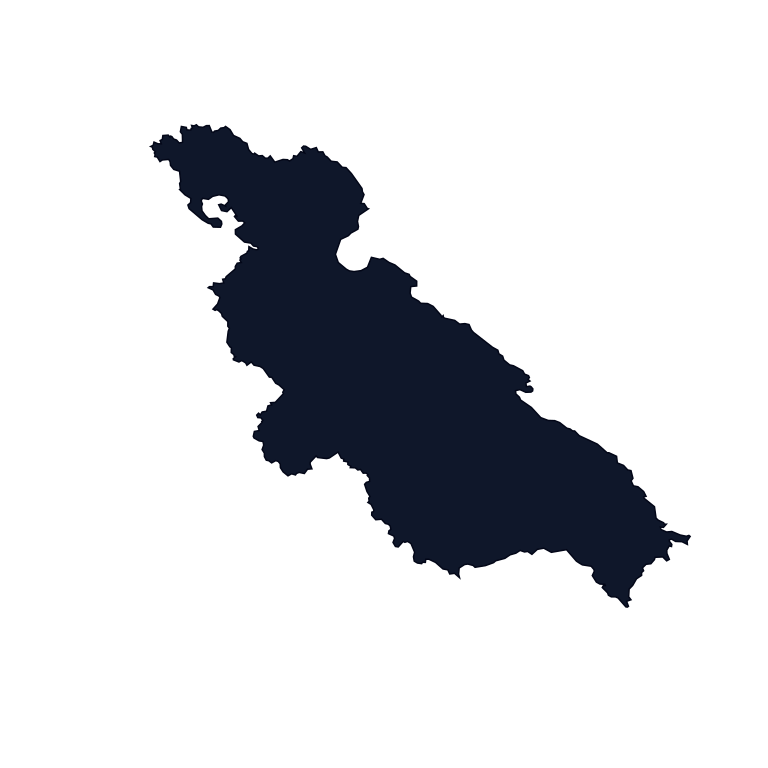 the district of Ifanadiana, Vatovavy-Fitovinany, Madagascar, rotated 312°
{"feature_id": "10022922B31790128040616", "entity_name": "Ifanadiana", "entity_type": "district", "adm_level": 2, "iso_a3": "MDG", "parent_name": "Madagascar", "parent_adm1": "Vatovavy-Fitovinany", "projection": "natural_earth1", "projection_center": [47.619, -21.071], "detail": "fine", "context": "isolated", "style": "filled", "palette": "ink", "viewbox_px": 768, "rotation_deg": 312, "n_neighbors": 0, "source": "geoboundaries", "source_scale": "gbopen_adm2", "svg_char_len": 6116}
<svg xmlns="http://www.w3.org/2000/svg" viewBox="0 0 768 768"><g transform="rotate(312 384 384)"><path d="M281.2,478.3L282.7,481.1L282.6,483.6L280.6,486.4L278.2,485.9L275.8,487.4L277.6,493.0L276.3,495.2L272.3,496.7L270.9,501.2L272.4,503.6L279.8,503.6L280.3,505.4L282.8,506.9L283.5,510.8L279.5,519.3L275.3,521.5L272.6,525.0L273.3,528.6L275.7,532.2L277.3,531.9L279.1,534.1L281.7,532.3L283.8,534.6L285.9,541.7L286.0,551.6L288.6,555.8L286.8,560.0L290.5,563.1L290.6,569.7L292.6,566.7L297.5,563.0L303.8,564.7L306.3,566.8L308.8,571.7L308.7,574.3L316.9,580.9L324.6,585.0L327.3,585.3L335.3,590.5L341.4,592.0L346.5,595.2L351.4,596.5L353.2,600.8L355.7,602.8L356.4,607.9L363.7,608.6L368.9,612.6L370.9,621.0L383.0,630.5L381.1,645.5L381.6,648.8L382.3,652.4L387.2,659.9L386.6,664.2L385.5,665.6L381.0,667.0L378.9,674.4L379.8,678.3L383.0,682.2L382.3,683.4L381.0,681.9L378.8,682.4L378.4,689.9L377.2,692.1L377.9,695.3L380.7,698.4L381.6,701.1L380.2,712.9L381.1,714.2L382.4,714.4L384.8,709.7L388.9,711.9L389.6,708.2L395.6,703.4L400.7,703.6L408.2,702.0L414.2,703.5L416.2,701.6L418.9,701.9L420.3,699.1L425.4,699.4L429.0,702.6L434.4,702.5L436.6,701.4L442.0,706.9L441.7,712.4L444.6,713.4L447.4,707.6L449.8,705.3L454.5,704.3L455.6,706.4L457.4,705.2L458.1,701.2L459.1,700.3L461.1,701.4L462.1,706.0L466.2,711.0L467.8,716.8L470.1,714.3L475.6,713.5L475.5,711.9L473.2,710.6L470.0,705.2L467.0,696.6L463.1,693.0L461.2,687.1L462.6,685.1L464.4,687.6L468.7,687.6L467.4,686.1L468.0,684.7L466.3,678.9L466.4,675.9L473.8,667.1L473.1,653.8L473.9,652.5L475.9,653.9L477.8,649.0L477.6,641.5L475.2,637.5L477.4,632.4L480.5,632.1L484.9,625.5L483.2,622.6L483.8,616.5L481.5,610.2L485.9,605.2L483.4,597.1L482.2,595.9L482.1,582.8L476.2,563.6L476.7,557.1L475.3,555.5L475.1,552.4L473.5,549.4L472.9,540.4L471.0,535.4L466.8,530.4L463.9,523.0L465.2,509.2L463.5,496.2L464.8,493.5L464.9,488.6L467.1,486.2L470.8,488.8L472.7,494.9L476.4,498.7L478.3,499.1L480.0,497.9L480.4,495.2L480.1,493.9L477.3,491.6L479.7,488.8L483.9,490.5L483.8,487.9L486.1,487.7L486.9,485.8L485.4,481.8L486.7,478.2L484.2,468.0L482.3,464.6L482.0,457.1L484.1,453.5L483.3,449.2L485.3,446.0L483.9,440.0L482.2,416.0L482.6,412.9L485.1,407.4L483.0,403.7L479.1,400.1L478.6,394.0L473.5,385.1L473.3,383.7L474.4,382.2L472.3,382.1L473.2,380.4L474.6,368.6L473.0,362.6L468.5,357.2L468.8,354.3L467.0,346.3L469.0,342.6L474.3,338.7L478.7,342.7L482.3,339.5L481.4,331.4L482.3,329.3L480.4,324.9L479.8,312.5L477.7,306.4L476.8,299.3L473.8,297.4L469.7,289.9L459.7,293.6L452.9,291.1L447.5,286.5L444.9,282.6L444.1,279.3L443.7,268.7L447.9,261.1L462.5,255.0L470.4,258.3L474.0,258.4L481.6,261.0L483.9,259.7L487.1,255.5L492.4,252.4L503.8,255.2L503.3,254.0L504.8,248.6L502.7,245.8L511.4,242.4L512.4,239.4L514.6,236.8L518.6,219.0L519.4,211.0L517.1,208.0L517.7,200.6L514.2,195.7L514.7,189.9L514.1,187.4L515.6,183.2L512.5,179.9L514.4,175.5L509.3,172.5L508.3,166.8L507.0,165.0L504.4,164.8L502.6,170.5L501.0,166.7L495.0,167.0L493.2,164.1L490.6,165.6L486.4,164.5L486.1,162.2L483.3,158.7L475.8,154.4L477.4,146.8L474.2,146.6L472.4,144.8L472.3,140.7L469.6,138.2L469.0,133.4L467.8,133.6L466.9,131.6L467.7,126.4L471.1,121.1L469.5,116.9L470.1,112.5L468.0,105.9L470.0,99.4L469.4,93.9L467.5,93.6L464.9,91.4L461.6,91.2L458.5,88.8L456.9,89.0L456.1,87.5L459.1,81.2L457.1,79.1L453.7,77.8L451.0,74.1L451.1,71.1L448.8,70.2L447.4,68.0L446.0,70.5L445.0,69.7L443.3,70.5L441.0,67.5L442.4,65.4L439.8,61.1L435.2,63.9L434.6,67.1L428.8,72.6L426.1,70.5L426.5,66.6L425.3,63.7L425.9,60.9L425.5,59.6L424.3,59.8L424.6,57.1L420.7,53.4L417.4,55.6L415.1,54.7L413.5,57.8L411.3,55.4L409.9,51.2L407.0,52.7L404.4,51.7L405.0,53.4L403.7,55.1L403.6,58.7L402.0,58.7L401.3,60.5L399.6,61.4L400.9,63.7L399.4,68.7L402.2,69.4L406.8,73.7L406.1,76.3L403.6,79.1L402.8,84.2L405.3,89.7L398.4,97.5L396.3,97.9L392.6,102.3L391.8,102.0L391.4,109.5L392.7,116.3L389.4,118.9L385.8,118.5L383.9,121.8L384.4,139.0L385.8,145.8L387.2,148.2L386.4,152.1L391.1,157.6L394.4,156.4L396.1,154.3L396.1,149.5L389.5,143.2L389.7,138.5L390.9,132.9L393.9,129.6L396.3,128.6L397.8,125.5L400.5,124.9L403.8,130.0L408.8,131.1L414.2,134.8L417.3,139.9L417.4,142.5L417.0,144.8L415.3,146.5L410.7,146.3L410.2,147.2L408.7,142.6L406.6,141.2L404.2,147.2L407.0,152.0L412.9,152.5L410.2,163.2L409.6,160.8L408.4,160.8L407.6,166.8L410.6,170.0L410.6,172.7L406.4,172.6L399.2,170.3L396.0,173.3L396.1,185.3L399.6,190.8L399.2,194.7L401.1,197.7L400.9,199.5L399.6,200.2L398.3,199.3L396.7,196.3L395.7,191.7L392.4,194.4L391.3,193.7L389.4,194.5L383.2,192.3L381.4,192.7L381.3,194.1L379.7,194.0L378.8,196.7L375.6,194.1L371.9,194.8L370.1,196.5L358.2,194.9L356.0,195.7L353.9,194.0L351.9,197.3L348.5,194.6L345.1,189.7L342.1,191.9L339.5,189.1L337.9,188.9L339.5,194.0L337.9,198.9L338.9,202.4L338.5,204.2L332.1,206.8L325.2,206.8L325.7,209.2L327.5,210.0L327.8,212.3L327.7,216.1L326.1,218.5L325.9,226.2L322.4,229.3L322.0,231.8L319.0,232.9L309.9,239.3L308.5,244.7L308.9,246.2L305.2,249.4L305.4,252.8L304.4,254.1L304.9,255.4L302.0,255.0L301.2,255.9L303.3,261.5L305.8,262.3L306.5,263.6L307.1,267.1L306.2,269.6L311.6,270.6L311.0,274.8L314.1,280.2L314.7,283.9L312.4,294.2L313.9,296.0L312.1,303.0L313.0,306.7L313.0,313.6L310.1,314.3L309.6,315.7L297.6,315.5L294.2,312.2L293.3,314.4L290.1,312.4L285.2,314.9L281.7,312.2L278.3,312.7L278.4,310.3L275.7,310.2L274.6,312.7L276.5,315.2L275.9,318.3L274.3,318.2L274.1,319.1L268.2,318.8L265.9,322.4L262.0,319.4L257.6,321.9L256.9,323.6L258.2,329.3L260.3,332.5L258.1,335.5L253.7,337.3L252.6,341.3L250.0,343.7L248.6,347.5L249.9,349.7L250.2,353.3L254.6,354.8L255.7,357.2L255.2,360.3L252.5,363.0L251.2,367.8L251.5,374.1L255.4,375.4L257.2,379.1L259.0,378.8L261.5,380.1L264.2,384.7L269.5,384.2L272.7,387.2L275.1,382.6L276.6,381.5L285.1,381.7L284.9,383.8L290.2,391.3L292.5,392.9L302.7,395.4L300.3,401.8L301.3,404.4L299.7,405.6L301.9,409.3L300.0,411.0L300.7,414.4L299.3,414.9L302.5,418.8L302.6,422.1L304.8,423.7L303.8,428.2L305.8,430.3L306.0,432.7L304.8,432.8L304.5,436.1L302.0,438.5L299.1,436.7L296.5,436.7L292.7,443.3L291.0,448.9L289.0,449.0L286.9,451.4L285.2,451.3L285.9,455.0L283.6,460.8L282.1,461.6L280.6,460.7L278.3,462.6L277.6,468.7L281.8,472.6L281.2,478.3Z" fill="#0f172a" stroke="#020617" stroke-width="1.5"/></g></svg>